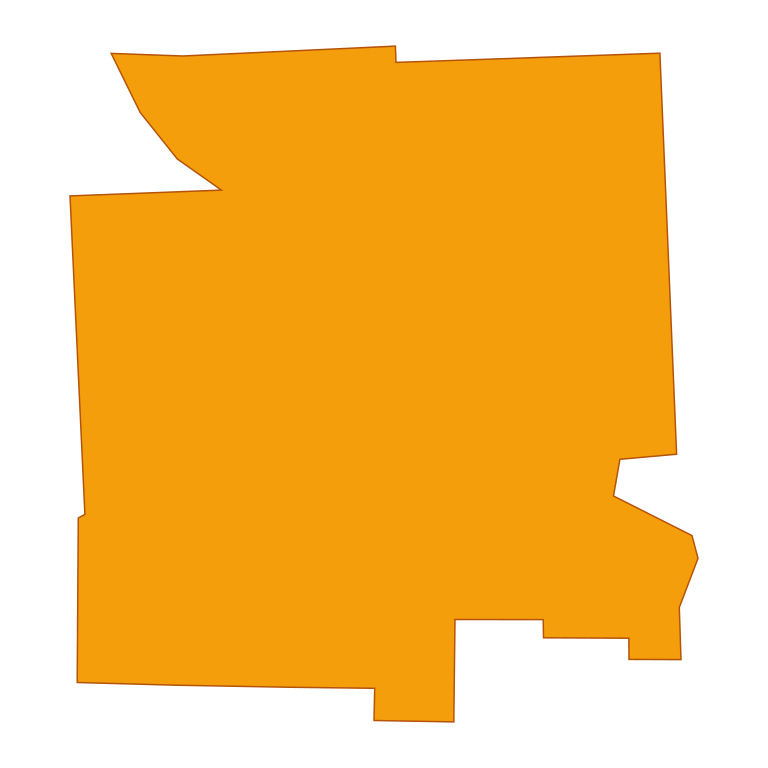 Tompkins, New York, United States of America
{"feature_id": "52423323B63267759277093", "entity_name": "Tompkins", "entity_type": "district", "adm_level": 2, "iso_a3": "USA", "parent_name": "United States of America", "parent_adm1": "New York", "projection": "mercator", "projection_center": [-76.461, 42.445], "detail": "fine", "context": "isolated", "style": "filled", "palette": "amber", "viewbox_px": 768, "rotation_deg": 0, "n_neighbors": 0, "source": "geoboundaries", "source_scale": "gbopen_adm2", "svg_char_len": 482}
<svg xmlns="http://www.w3.org/2000/svg" viewBox="0 0 768 768"><path d="M70.0,195.9L84.9,514.4L78.3,517.9L77.2,682.5L175.8,685.2L286.6,687.2L374.7,688.3L374.0,720.5L453.8,721.9L455.0,619.5L543.2,619.6L543.5,637.8L628.9,638.2L629.0,659.4L681.0,659.6L679.3,607.4L698.0,558.4L692.0,535.6L613.5,496.0L619.9,459.3L676.6,454.2L659.9,53.2L396.0,62.4L395.4,46.1L182.7,56.0L111.2,53.4L140.2,112.5L177.3,159.0L221.4,190.1L70.0,195.9Z" fill="#f59e0b" stroke="#b45309" stroke-width="1.5"/></svg>